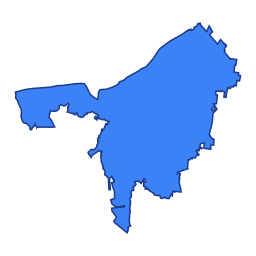 outline of Carmen, Campeche, Mexico
{"feature_id": "50627088B86783514296689", "entity_name": "Carmen", "entity_type": "district", "adm_level": 2, "iso_a3": "MEX", "parent_name": "Mexico", "parent_adm1": "Campeche", "projection": "equal_earth", "projection_center": [-91.727, 18.453], "detail": "fine", "context": "isolated", "style": "filled", "palette": "blue", "viewbox_px": 256, "rotation_deg": 0, "n_neighbors": 0, "source": "geoboundaries", "source_scale": "gbopen_adm2", "svg_char_len": 5870}
<svg xmlns="http://www.w3.org/2000/svg" viewBox="0 0 256 256"><path d="M236.8,59.6L230.8,58.6L230.4,59.2L224.4,52.1L225.1,51.0L224.3,48.8L226.3,46.1L226.4,45.2L224.9,43.9L224.8,44.5L220.5,39.5L217.6,44.0L209.5,34.8L212.6,31.8L209.1,25.9L206.6,31.6L201.0,25.4L200.2,23.4L199.6,23.8L199.6,23.2L197.8,23.8L196.8,25.9L196.4,26.4L194.1,27.2L194.4,28.0L194.2,28.6L193.8,29.2L193.0,29.4L192.2,30.3L191.2,30.3L191.0,29.2L190.3,29.7L189.3,29.6L188.4,30.5L188.2,30.0L181.7,34.6L170.1,41.0L161.0,47.7L158.5,50.3L153.4,58.4L146.0,66.9L141.3,68.8L139.1,70.7L127.1,77.3L125.7,78.3L125.4,79.0L124.2,79.9L119.2,82.1L118.9,82.3L118.9,83.3L119.0,82.6L119.1,83.0L118.7,83.6L116.4,85.3L113.4,86.8L106.9,89.1L100.0,89.7L98.5,92.2L97.9,99.3L94.8,98.1L90.8,94.8L89.6,93.2L86.8,87.2L84.5,83.8L81.0,83.4L75.6,83.7L62.1,85.5L56.3,85.7L55.4,86.1L50.2,87.1L32.3,88.5L25.3,89.5L15.4,92.1L15.9,95.1L15.6,97.5L15.8,98.3L17.6,100.7L18.0,102.4L21.1,109.1L21.4,110.5L21.4,113.6L21.0,116.7L22.7,121.7L24.3,123.1L26.6,123.4L27.9,125.0L29.2,125.8L30.0,127.2L29.9,129.0L30.8,129.9L31.6,129.6L32.4,127.8L33.8,126.6L35.0,124.3L35.1,125.3L36.6,126.6L36.7,127.5L36.9,127.2L41.2,127.1L50.9,127.2L54.7,127.0L50.9,119.4L48.8,117.3L50.5,110.8L54.0,111.4L56.4,111.0L57.5,110.3L59.0,108.6L59.4,107.9L59.2,105.9L60.2,105.1L61.8,105.1L63.8,105.9L64.8,105.9L68.1,103.3L69.0,104.6L69.0,105.2L68.5,106.2L67.8,106.3L68.2,107.4L68.1,107.8L67.8,107.7L67.6,108.2L68.1,110.3L67.8,110.4L67.3,112.0L73.7,113.9L73.7,113.7L74.7,114.8L75.4,113.8L76.5,113.8L76.7,112.6L77.0,112.8L76.9,114.0L77.3,115.2L79.2,116.7L81.1,116.8L81.3,117.4L81.7,117.2L81.8,117.7L82.1,116.7L83.6,116.9L83.9,115.5L85.1,115.2L86.0,113.7L86.7,113.7L86.8,113.4L87.1,113.8L87.2,113.1L88.3,112.4L89.4,112.7L91.7,111.8L92.2,111.3L93.1,112.2L96.8,114.5L97.5,114.4L97.7,114.6L97.8,115.4L98.5,115.6L98.4,117.2L98.6,118.1L98.4,118.5L97.4,118.5L97.2,118.8L97.1,118.5L97.4,118.4L96.9,117.8L97.0,117.3L96.5,116.6L95.8,116.2L94.7,117.2L94.5,117.8L94.8,118.7L96.7,119.2L96.9,119.7L97.3,118.7L98.3,118.6L98.5,118.4L99.8,118.9L100.3,118.5L101.2,119.4L102.5,119.8L103.8,119.6L104.3,119.2L105.5,120.6L106.3,120.4L106.5,120.8L106.9,120.8L108.2,121.6L109.0,121.5L108.8,121.9L108.2,122.0L107.9,123.1L107.3,123.6L107.5,124.4L107.0,125.1L106.7,125.2L107.0,124.9L106.6,124.7L106.4,123.8L105.8,123.8L103.6,129.7L102.7,129.5L102.1,129.0L101.5,129.7L102.0,131.0L101.6,130.9L100.7,134.0L98.8,136.1L98.7,136.6L99.0,137.5L100.3,137.3L97.6,138.5L98.0,140.4L98.6,140.7L98.2,141.0L98.4,141.3L97.7,141.2L97.9,143.4L96.8,145.1L97.1,146.6L93.9,149.7L93.1,149.6L92.7,150.0L92.0,149.5L91.1,149.5L88.1,152.3L88.2,152.9L88.6,154.0L91.1,157.5L92.4,155.1L99.2,150.5L100.6,151.7L101.4,151.8L101.2,151.4L101.5,151.1L101.8,151.4L101.8,152.6L100.9,153.2L101.1,154.3L101.6,155.0L100.8,155.6L100.7,156.5L100.8,157.5L101.2,158.3L101.1,160.8L101.5,161.9L101.3,162.3L102.4,163.8L102.3,164.8L102.9,165.7L102.7,166.2L103.5,167.0L103.5,167.4L102.9,168.0L103.2,168.2L103.4,168.9L103.8,169.0L103.8,169.8L104.9,170.5L105.2,171.1L104.7,173.0L105.0,174.3L104.8,174.9L105.8,175.4L108.4,178.3L109.0,189.8L110.3,189.7L109.9,183.1L109.3,179.1L111.8,176.4L113.4,180.0L114.0,179.5L114.3,180.1L114.3,181.9L111.6,182.7L112.8,187.1L114.5,191.6L114.5,192.5L114.5,198.5L110.7,199.8L111.9,203.9L115.3,206.6L118.9,206.8L124.6,205.7L124.5,206.8L111.7,208.2L112.0,211.0L116.5,217.1L113.7,221.5L115.5,223.3L115.5,223.7L117.2,224.2L117.2,224.7L127.1,232.8L128.0,231.0L127.7,230.8L128.4,228.6L128.1,228.4L127.9,227.2L130.7,225.8L129.7,224.6L129.4,220.4L129.0,219.2L129.6,218.5L129.7,217.7L129.5,216.9L129.7,214.2L130.2,211.9L129.9,209.4L130.1,209.2L129.7,208.6L129.8,206.8L130.2,206.1L130.0,205.6L130.4,204.8L130.3,203.5L130.7,201.8L130.5,200.7L129.8,199.8L129.8,199.0L130.3,197.7L131.2,197.2L131.3,196.5L131.5,194.8L131.4,194.0L131.1,193.8L131.2,193.3L131.1,192.1L131.9,190.4L132.7,190.3L133.4,190.6L133.8,190.3L133.5,188.3L133.0,187.8L133.0,187.3L133.4,186.3L134.1,186.6L136.1,184.2L134.7,182.3L135.1,181.3L136.0,181.6L136.8,181.1L138.3,181.6L138.7,181.3L141.2,183.5L142.5,181.0L143.1,180.9L143.1,180.4L143.5,180.0L143.7,179.2L144.1,179.4L144.5,179.3L144.5,179.0L144.9,179.1L145.4,180.1L145.2,180.8L145.6,181.8L145.5,182.0L143.8,181.9L143.6,186.3L145.1,186.4L145.1,186.9L145.5,187.1L145.2,187.6L145.6,187.8L145.4,188.2L145.6,188.5L145.3,188.5L145.3,188.9L145.7,188.6L146.5,189.1L147.3,188.6L147.3,188.9L147.7,188.9L148.0,189.5L148.9,189.5L149.1,190.3L149.9,191.2L150.5,191.1L152.7,192.8L153.4,192.7L154.2,194.7L154.8,195.1L156.1,195.4L157.0,195.2L157.7,195.7L159.5,195.5L160.3,196.4L160.3,197.2L160.7,197.9L161.4,198.4L162.2,198.3L162.8,197.8L163.7,198.0L164.2,197.4L164.8,197.2L166.5,198.4L169.0,198.6L171.1,194.5L172.3,195.8L172.9,191.3L174.5,191.4L174.5,191.9L175.1,192.0L175.2,191.3L181.0,192.1L181.1,190.8L179.0,181.7L179.3,181.1L179.0,180.3L179.5,179.8L179.6,179.1L179.4,178.4L179.7,178.2L179.3,177.6L179.3,176.9L179.7,176.5L179.6,176.0L180.2,174.8L180.0,173.2L177.2,173.8L177.7,172.1L188.0,168.7L187.6,167.3L188.2,159.8L189.6,160.0L191.3,158.0L192.1,158.8L192.8,157.7L195.2,157.9L197.1,154.9L198.6,155.2L199.0,154.4L197.5,154.1L197.7,152.1L196.5,151.9L196.1,150.5L198.2,150.0L198.4,150.5L199.1,150.6L199.3,148.4L201.8,148.7L202.0,147.8L200.0,147.4L200.2,144.0L202.5,143.1L204.3,142.9L203.9,148.3L210.7,149.3L211.0,144.5L213.6,145.1L214.0,139.2L212.6,139.1L209.7,135.2L209.6,135.4L209.2,134.8L212.3,122.3L213.0,113.4L213.8,112.4L211.4,108.8L214.0,106.2L215.1,108.0L213.8,109.4L215.0,111.3L217.0,109.1L213.5,103.7L215.4,103.9L215.6,103.6L216.5,103.7L217.4,94.9L215.6,94.5L216.0,91.0L221.0,91.5L221.1,90.8L224.5,91.6L223.9,97.1L226.1,97.4L226.6,92.1L226.8,92.1L227.6,88.5L227.9,88.6L227.9,88.3L227.6,88.3L227.8,87.5L230.5,88.5L230.7,86.6L233.6,86.9L233.7,85.4L236.3,85.8L236.9,80.6L239.5,81.0L240.6,75.6L238.4,75.2L238.6,72.7L234.1,72.2L234.6,65.3L235.7,65.4L236.8,59.6Z" fill="#3b82f6" stroke="#1e3a8a" stroke-width="1.5"/></svg>